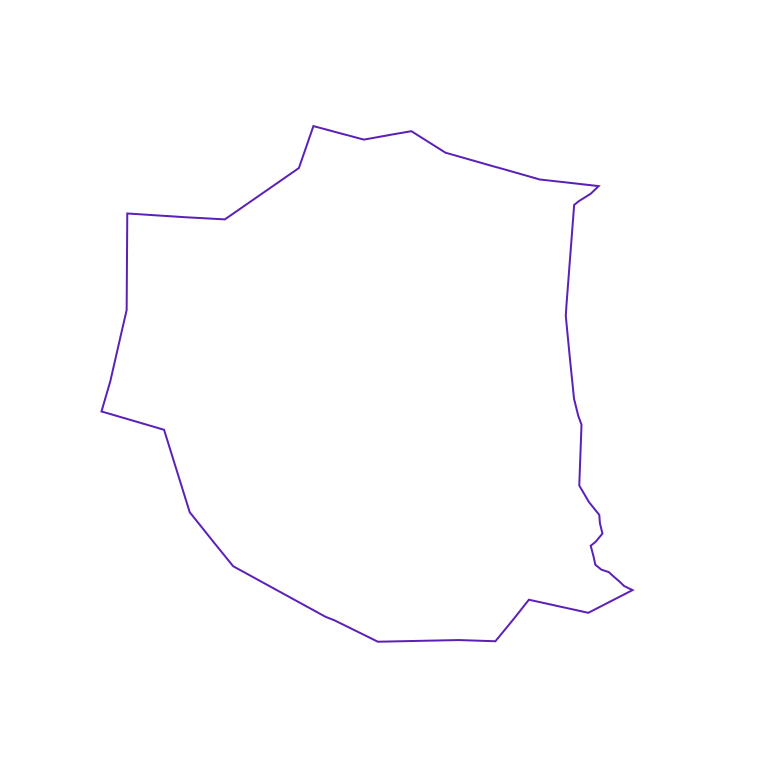 outline of Massapê do Piauí, Piauí, Brazil, rotated 13°
{"feature_id": "56859067B40458621475614", "entity_name": "Massapê do Piauí", "entity_type": "district", "adm_level": 2, "iso_a3": "BRA", "parent_name": "Brazil", "parent_adm1": "Piauí", "projection": "robinson", "projection_center": [-41.055, -7.533], "detail": "fine", "context": "isolated", "style": "outline", "palette": "violet", "viewbox_px": 768, "rotation_deg": 13, "n_neighbors": 0, "source": "geoboundaries", "source_scale": "gbopen_adm2", "svg_char_len": 872}
<svg xmlns="http://www.w3.org/2000/svg" viewBox="0 0 768 768"><g transform="rotate(13 384 384)"><path d="M548.6,142.9L489.7,149.7L446.8,147.5L440.9,147.3L391.9,144.8L378.7,140.2L353.8,131.5L334.8,139.5L309.4,150.4L277.5,149.3L257.2,148.6L252.5,192.7L199.8,250.7L191.9,259.4L152.3,266.3L95.5,275.6L116.6,369.8L116.6,396.8L116.7,442.8L114.9,474.3L180.0,478.1L223.5,552.6L254.7,577.3L278.0,595.5L379.4,624.0L388.8,625.4L436.0,636.5L514.3,616.7L550.4,609.6L563.3,583.6L573.7,561.6L604.0,561.3L634.5,561.0L672.5,528.9L663.3,526.8L657.5,523.3L651.0,519.9L645.3,516.7L637.6,516.0L630.6,512.6L626.9,504.8L621.8,495.1L625.6,490.3L630.5,480.6L625.7,471.1L623.2,463.1L610.3,453.0L597.1,439.0L585.6,379.2L580.5,371.4L572.5,355.7L559.7,318.2L549.5,287.8L545.8,276.7L544.0,265.9L529.0,166.7L532.9,161.8L542.7,152.0L548.6,142.9Z" fill="none" stroke="#5b21b6" stroke-width="2"/></g></svg>